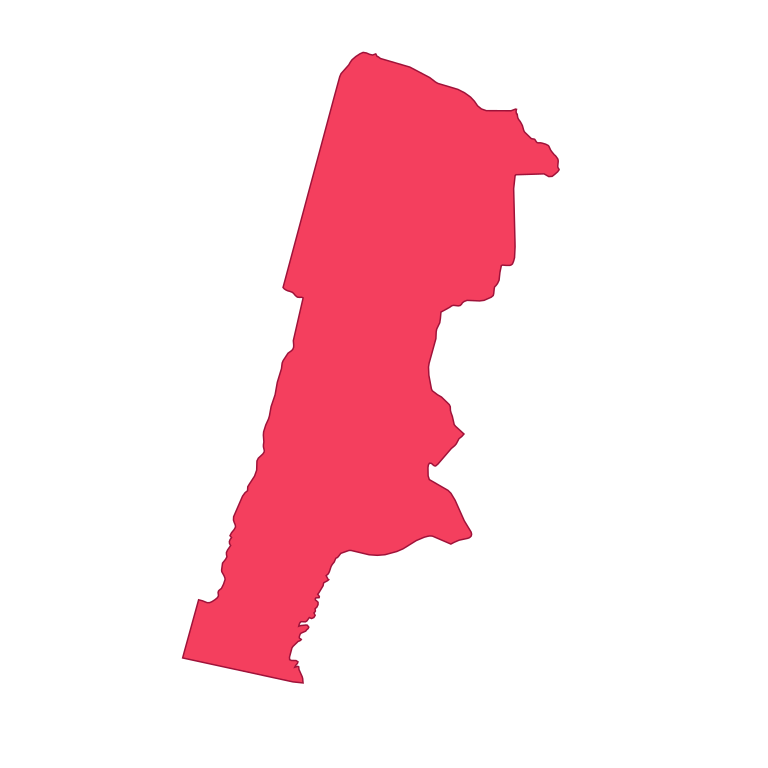 SVG path tracing the border of Sud, rotated 105°
{"feature_id": "CMR-803", "entity_name": "Sud", "entity_type": "Province", "adm_level": 1, "iso_a3": "CMR", "parent_name": "Cameroon", "parent_adm1": "", "projection": "albers", "projection_center": [11.82, 2.912], "detail": "fine", "context": "isolated", "style": "filled", "palette": "rose", "viewbox_px": 768, "rotation_deg": 105, "n_neighbors": 0, "source": "natural_earth", "source_scale": "10m", "svg_char_len": 4344}
<svg xmlns="http://www.w3.org/2000/svg" viewBox="0 0 768 768"><g transform="rotate(105 384 384)"><path d="M390.1,487.8L387.6,487.5L379.1,484.7L375.8,482.0L374.2,481.1L371.9,480.8L369.8,481.3L365.6,482.8L321.8,484.4L321.5,485.9L322.2,488.1L322.5,490.2L321.5,492.5L320.2,494.3L319.2,496.1L318.9,498.8L318.9,500.9L318.6,502.9L318.0,504.8L316.9,506.5L267.9,506.5L218.8,506.5L169.7,506.4L167.3,506.4L131.3,506.4L120.7,506.4L98.6,506.3L95.3,505.8L84.9,500.6L82.1,499.9L79.1,498.8L75.0,496.0L71.2,492.6L69.1,490.0L68.8,486.6L69.3,483.2L69.2,480.2L67.3,477.4L69.4,475.4L69.4,474.4L70.5,471.6L71.2,441.1L76.2,419.1L79.0,412.4L79.7,409.7L80.3,388.8L81.9,381.4L84.5,374.6L87.5,369.8L91.1,365.6L93.1,361.1L93.5,355.9L87.2,332.0L84.4,328.1L84.4,327.1L85.9,327.1L87.0,326.8L88.8,325.9L88.8,325.2L91.6,324.0L92.7,323.3L93.7,322.3L95.2,320.4L96.8,318.8L98.6,317.2L102.8,314.7L103.9,313.8L104.5,313.0L108.4,306.0L108.6,305.6L108.8,305.1L108.8,304.3L108.6,302.6L108.6,301.9L108.9,301.4L110.4,299.8L110.8,299.3L111.2,298.6L111.2,298.0L111.2,297.6L110.5,295.2L110.4,293.2L110.5,289.9L111.1,287.1L111.5,286.5L112.0,286.0L114.9,283.6L116.0,282.3L118.5,278.9L119.0,277.7L119.6,276.8L120.6,275.6L121.5,274.5L122.0,274.2L122.6,273.8L123.7,273.4L124.7,273.2L128.4,272.6L129.1,272.4L129.5,272.2L130.0,271.9L131.0,270.8L131.3,270.5L131.7,270.3L134.1,271.2L137.1,273.2L139.9,275.3L141.0,278.5L139.6,283.8L147.7,310.7L148.8,311.3L161.8,309.3L213.4,294.1L217.6,292.9L228.2,290.6L231.8,290.6L234.8,291.0L236.1,292.0L236.9,293.2L237.8,296.6L238.5,300.4L239.3,301.3L246.2,300.9L254.0,299.7L257.7,300.4L260.1,301.4L261.5,302.3L263.4,302.2L268.5,301.4L270.3,301.4L272.4,302.9L277.3,309.0L279.0,313.2L281.7,325.4L283.5,327.9L285.3,329.3L287.0,329.8L288.5,330.8L289.3,332.5L290.0,337.2L290.9,338.8L292.9,340.4L299.8,347.6L306.0,346.5L310.4,346.0L317.3,347.3L320.0,347.1L326.8,345.6L352.3,345.8L356.1,345.4L364.0,342.9L376.3,337.0L378.0,335.7L380.5,329.6L381.7,325.1L387.0,315.6L388.8,314.1L392.3,313.0L394.3,311.9L397.6,309.6L405.0,305.7L406.3,304.0L411.6,293.8L414.6,295.3L417.4,297.4L423.1,298.7L425.2,299.7L428.9,302.3L447.4,311.2L449.8,312.9L450.0,314.2L449.2,316.2L448.9,316.6L448.4,317.8L448.7,319.6L450.6,320.2L453.4,319.9L461.3,317.6L464.6,315.5L470.2,294.6L472.2,291.1L477.9,285.2L495.3,271.1L504.5,261.5L506.4,260.5L508.2,260.4L509.5,261.1L510.4,261.8L511.4,263.2L515.4,271.0L518.8,275.3L521.3,278.0L518.4,297.7L518.6,299.1L518.9,300.4L519.7,302.2L521.6,305.5L526.8,312.2L538.3,323.0L542.5,328.3L548.6,338.8L551.2,346.1L552.8,354.2L553.3,372.7L553.8,374.7L558.7,381.8L559.5,382.2L562.7,383.5L563.9,384.3L564.3,385.0L565.0,385.5L568.8,386.0L571.7,387.3L574.0,387.9L579.4,388.2L581.8,388.7L584.1,390.3L587.3,387.3L587.4,386.8L588.7,387.7L591.5,390.7L592.5,390.8L594.6,390.6L602.0,392.7L604.3,393.6L605.1,392.4L606.2,391.4L607.2,391.4L608.2,394.4L609.3,394.8L610.4,394.3L610.9,393.0L611.9,391.2L614.2,390.6L616.9,391.1L618.9,392.4L620.3,391.8L621.1,391.5L621.9,391.7L623.3,392.4L625.3,390.6L627.7,391.3L629.3,393.3L628.9,395.7L632.9,397.2L634.1,398.4L635.0,402.5L636.2,403.4L638.0,403.7L640.1,403.7L638.9,402.0L637.0,397.0L636.8,395.7L638.3,393.7L639.9,394.0L641.5,395.1L643.0,395.7L646.1,399.6L647.5,400.3L649.9,400.4L651.0,400.2L651.5,399.7L652.1,397.8L653.2,398.2L654.4,399.6L654.8,400.3L661.0,404.0L662.7,404.6L672.3,404.6L674.7,403.8L675.0,401.9L673.9,397.4L674.6,395.2L676.3,395.3L678.5,396.4L680.7,396.9L679.0,394.2L679.2,393.2L681.7,392.3L688.0,387.2L689.8,386.2L691.9,385.5L693.7,384.8L695.3,394.9L700.7,507.2L700.7,507.6L693.8,507.6L668.6,507.4L640.4,507.2L640.4,503.1L641.0,498.2L640.3,495.8L638.8,493.9L636.3,491.6L633.8,489.8L631.9,489.1L630.8,489.3L628.4,490.3L626.9,490.3L625.8,489.8L623.5,488.1L618.9,487.2L613.9,486.9L612.5,487.5L610.6,488.9L607.3,492.1L605.8,492.7L598.8,493.6L594.2,491.6L591.6,491.0L589.3,492.1L587.5,492.6L584.7,492.1L579.7,490.3L578.1,491.9L576.2,492.6L574.1,492.4L571.8,491.5L570.4,493.5L567.2,492.8L563.4,491.1L560.6,490.4L558.6,491.2L556.7,492.7L554.4,494.2L551.1,494.9L528.9,491.6L525.0,490.1L522.4,488.2L518.5,489.0L515.7,488.2L506.5,485.2L500.2,484.7L491.2,486.8L488.2,486.2L482.9,482.9L480.8,482.2L479.3,482.4L475.9,484.2L474.1,484.7L470.9,485.1L464.6,487.3L461.3,487.9L454.2,487.6L447.6,486.5L444.6,486.4L435.0,487.2L422.6,486.4L410.0,487.5L395.7,487.0L390.1,487.8Z" fill="#f43f5e" stroke="#9f1239" stroke-width="1.5"/></g></svg>